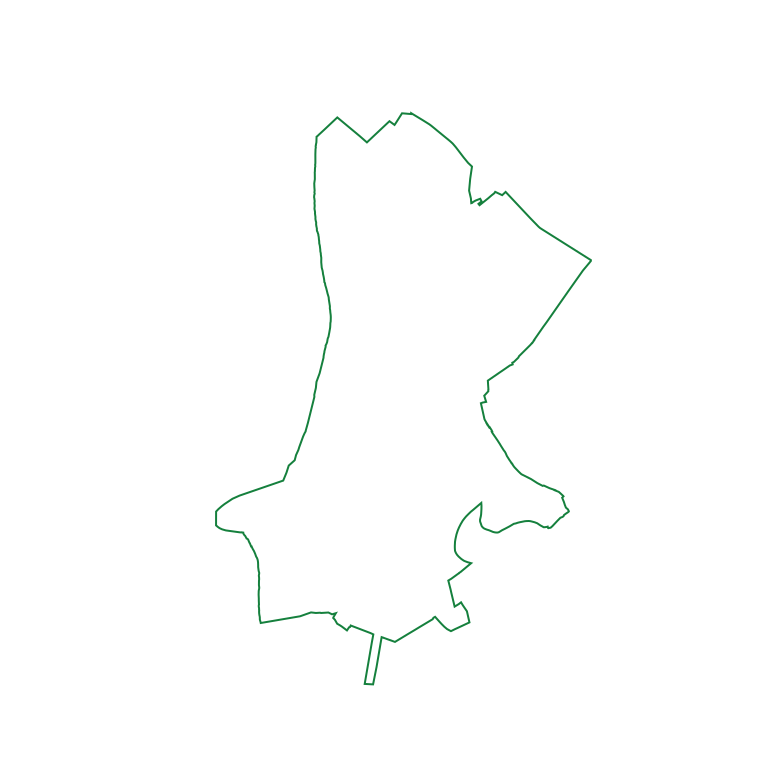 outline of Ventspils, Ventspils, Latvia, rotated 324°
{"feature_id": "27541924B34686521440656", "entity_name": "Ventspils", "entity_type": "district", "adm_level": 2, "iso_a3": "LVA", "parent_name": "Latvia", "parent_adm1": "Ventspils", "projection": "robinson", "projection_center": [21.593, 57.409], "detail": "fine", "context": "isolated", "style": "outline", "palette": "green", "viewbox_px": 768, "rotation_deg": 324, "n_neighbors": 0, "source": "geoboundaries", "source_scale": "gbopen_adm2", "svg_char_len": 6154}
<svg xmlns="http://www.w3.org/2000/svg" viewBox="0 0 768 768"><g transform="rotate(324 384 384)"><path d="M349.2,580.2L346.9,577.3L345.5,575.2L344.7,573.8L343.7,571.0L343.2,568.7L342.9,567.3L342.7,564.9L342.9,562.7L343.4,560.7L344.9,558.3L346.2,556.5L348.7,553.4L350.5,551.6L354.2,548.3L357.5,545.9L360.3,544.2L363.8,542.4L367.5,540.8L370.2,540.0L372.6,539.4L375.6,538.9L379.0,538.4L382.4,538.2L392.8,537.4L391.3,539.8L389.2,542.6L386.0,546.5L384.4,548.1L382.3,549.9L381.8,550.4L380.9,551.8L380.1,554.5L379.7,555.7L379.5,556.5L379.5,557.0L379.7,558.5L379.9,559.3L380.5,560.5L381.5,562.1L382.8,563.8L383.4,564.7L385.2,567.7L386.2,568.9L387.0,569.7L387.7,570.3L388.7,571.0L389.8,571.4L393.6,571.7L397.2,572.3L402.1,573.0L406.8,573.4L408.8,574.3L410.5,574.8L412.5,575.6L417.3,577.8L418.8,578.7L420.4,579.8L421.5,580.7L422.4,581.7L424.6,584.4L426.1,586.7L427.4,590.3L428.5,592.6L428.9,593.6L430.0,594.4L431.5,595.2L432.6,595.6L432.1,596.8L432.2,597.2L434.4,598.2L436.6,598.0L443.9,596.6L448.1,595.9L450.4,596.5L451.7,596.4L452.7,595.8L455.3,595.8L457.4,595.9L458.6,595.8L458.8,595.4L459.1,593.5L458.6,591.3L458.5,590.8L458.6,590.6L459.2,588.2L460.2,585.2L461.3,580.7L463.2,580.4L463.2,579.9L462.4,575.8L462.0,574.0L459.7,570.4L460.0,570.3L456.7,565.6L453.6,560.1L452.5,559.7L449.8,554.3L447.1,547.4L442.3,538.1L442.0,537.2L441.4,533.9L440.8,529.5L440.6,527.8L440.6,525.2L440.8,524.8L440.8,523.0L440.6,523.0L440.8,520.8L440.8,519.3L441.1,514.5L441.8,511.4L442.0,509.8L441.9,508.1L442.3,501.9L442.4,501.4L442.7,496.0L442.9,487.5L443.1,486.0L443.6,486.1L443.9,484.6L444.1,481.2L443.6,481.2L443.7,479.2L443.9,479.2L444.0,477.6L443.7,477.6L443.9,475.8L444.1,475.8L444.4,472.7L444.6,471.5L448.6,462.3L451.1,456.5L452.9,457.0L456.1,458.5L458.2,452.4L464.1,451.2L464.9,450.0L465.2,449.9L470.0,442.3L496.9,443.0L497.1,443.1L499.6,443.8L500.3,442.2L502.0,442.5L508.3,441.6L509.4,440.9L525.5,438.4L527.9,437.8L528.0,438.0L531.2,436.9L531.1,436.7L546.3,431.4L552.2,429.5L587.8,417.2L611.7,409.1L623.6,406.1L624.2,405.4L603.9,354.5L602.7,351.5L601.9,349.4L601.5,347.6L599.8,335.7L595.3,300.1L590.6,300.7L589.4,298.5L586.9,293.9L585.3,294.5L582.0,294.6L577.4,295.0L566.4,295.5L566.3,293.8L570.3,293.6L570.7,290.7L568.9,290.2L565.8,289.4L562.7,289.1L562.1,289.3L561.8,289.3L560.9,289.0L563.4,284.9L566.5,277.6L574.3,268.7L578.1,264.8L583.0,259.8L582.0,254.5L581.6,247.6L581.3,234.9L581.1,232.1L580.9,229.8L580.4,227.3L579.9,225.2L576.0,210.4L575.3,207.6L574.0,202.7L573.3,200.5L570.4,193.3L565.2,180.9L564.7,181.6L557.7,175.6L547.3,179.7L544.8,180.6L542.9,174.6L512.2,178.5L510.0,168.9L506.3,154.3L502.9,140.9L484.9,143.2L478.0,144.0L475.9,144.3L474.8,144.3L471.4,148.7L470.1,149.9L469.6,150.3L469.4,150.7L468.7,151.2L468.1,152.0L467.9,152.5L466.6,153.8L463.5,157.8L458.8,164.3L457.7,165.7L457.1,166.2L456.5,167.3L456.2,167.7L455.3,168.5L454.8,169.1L453.2,171.2L452.2,172.3L451.7,173.1L448.4,177.7L445.5,180.7L443.2,184.1L441.6,186.7L440.3,188.1L439.9,189.1L439.7,189.4L438.7,190.1L437.3,191.7L437.0,192.3L436.8,192.8L436.4,193.5L435.4,195.3L434.8,196.0L434.2,196.6L433.7,197.4L432.8,198.9L432.4,199.4L431.8,200.1L430.7,201.4L430.3,202.3L429.8,203.3L429.4,204.1L428.9,204.9L428.5,205.3L426.7,208.6L425.5,210.2L424.5,212.3L424.3,213.0L424.1,213.4L423.8,213.8L422.6,215.4L422.5,215.8L422.0,216.6L421.7,217.4L421.3,218.2L421.0,218.9L420.2,219.9L420.0,220.4L419.8,220.7L419.7,221.0L419.7,221.5L419.0,223.6L418.8,224.4L418.2,225.3L417.8,226.3L417.3,227.2L416.2,229.0L415.5,230.4L415.0,231.0L414.7,231.6L414.2,232.3L414.1,232.6L413.7,233.6L413.3,234.5L411.5,237.7L410.5,239.2L409.9,240.6L409.5,241.4L409.0,242.1L407.4,245.1L404.8,248.6L402.0,253.3L400.9,256.2L399.9,258.2L399.5,258.8L399.0,259.9L398.8,260.4L398.4,261.3L398.1,262.0L397.3,263.6L396.9,264.4L396.4,265.3L395.6,266.6L395.6,267.4L395.4,268.0L394.5,269.7L394.2,270.7L393.7,272.2L392.3,275.7L391.5,277.6L390.5,280.5L390.1,281.5L389.1,283.1L386.8,287.6L386.0,289.2L384.5,291.2L383.8,292.7L382.7,294.5L381.4,296.9L380.3,298.6L378.7,300.7L377.5,302.2L376.5,303.1L376.1,303.6L374.6,305.5L373.5,306.8L370.1,310.1L366.8,313.2L365.4,314.0L364.6,314.7L362.6,316.7L360.9,317.8L359.3,318.6L358.9,319.3L358.3,319.9L355.8,321.9L354.9,322.7L354.3,323.4L353.0,324.5L351.3,326.2L350.5,327.2L338.2,337.5L330.6,342.6L326.6,347.1L321.2,351.8L320.1,353.5L299.5,370.8L293.3,375.7L292.7,376.3L290.7,377.2L287.6,379.0L278.4,385.2L276.0,387.0L270.9,389.9L270.0,390.7L266.9,393.2L259.0,394.0L253.0,398.4L245.7,402.9L201.6,389.4L194.0,387.8L184.4,387.4L180.8,387.5L176.4,387.9L173.2,388.5L165.0,399.7L165.0,399.8L165.2,400.2L165.4,401.4L166.2,403.9L167.6,406.4L170.0,409.5L180.1,419.2L181.4,420.3L181.6,420.3L182.8,421.5L182.5,421.9L182.3,422.5L182.2,424.5L182.4,425.0L182.4,425.4L182.1,427.7L182.0,428.3L182.2,428.5L182.5,429.0L182.6,429.4L182.6,430.2L182.4,430.9L181.8,433.5L181.9,433.9L181.0,437.3L181.0,437.5L181.4,437.6L180.9,439.9L180.6,442.8L179.9,445.9L179.4,447.5L179.1,448.6L179.0,450.0L178.8,450.8L178.3,452.3L177.3,454.2L175.7,456.6L174.6,458.1L172.7,461.6L172.1,463.3L171.6,464.0L170.0,465.6L169.4,466.8L168.2,468.6L167.2,469.7L164.6,473.2L163.5,475.2L162.7,476.2L161.7,477.1L161.0,477.8L158.7,480.8L156.6,484.0L155.5,485.5L153.7,488.2L153.2,489.0L152.7,489.3L152.5,489.6L151.7,490.7L151.5,491.1L151.3,491.7L150.3,493.1L150.1,493.6L149.7,494.0L148.9,495.1L148.0,496.5L147.6,497.3L147.3,497.8L147.0,498.6L146.3,499.9L145.3,501.3L145.0,501.8L144.3,503.8L143.8,504.9L179.6,522.6L190.7,525.9L194.3,529.2L197.9,531.5L198.4,532.2L204.7,536.2L206.6,539.8L210.3,541.1L206.4,542.8L205.4,543.4L205.7,545.9L205.2,550.4L206.5,553.3L207.3,555.4L209.2,561.6L211.4,560.8L212.8,560.3L213.9,560.6L215.1,559.8L226.7,577.6L228.2,580.3L222.5,585.7L192.1,615.3L198.6,620.6L211.5,608.7L233.3,587.4L241.3,599.1L256.6,600.4L264.4,601.1L269.3,601.5L285.1,602.9L286.6,602.2L288.5,602.4L289.1,608.4L289.5,611.9L290.1,615.8L290.6,617.8L290.9,619.1L291.2,619.8L292.1,621.7L292.9,623.3L297.6,624.1L299.5,624.5L313.0,627.1L317.5,616.6L317.7,609.5L318.0,605.9L315.2,606.0L310.3,605.6L315.9,592.1L317.0,589.6L320.5,580.8L323.9,581.1L332.5,581.1L333.4,581.2L333.6,581.0L335.7,581.1L336.8,581.0L349.2,580.2Z" fill="none" stroke="#15803d" stroke-width="2"/></g></svg>